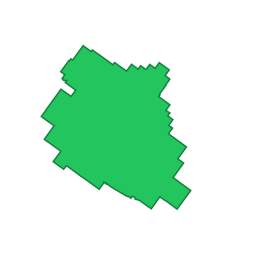 Morawa, Western Australia, Australia, rotated 36°
{"feature_id": "25037944B80693108839344", "entity_name": "Morawa", "entity_type": "district", "adm_level": 2, "iso_a3": "AUS", "parent_name": "Australia", "parent_adm1": "Western Australia", "projection": "albers", "projection_center": [116.014, -29.035], "detail": "fine", "context": "isolated", "style": "filled", "palette": "green", "viewbox_px": 256, "rotation_deg": 36, "n_neighbors": 0, "source": "geoboundaries", "source_scale": "gbopen_adm2", "svg_char_len": 2407}
<svg xmlns="http://www.w3.org/2000/svg" viewBox="0 0 256 256"><g transform="rotate(36 128 128)"><path d="M40.5,112.2L40.5,122.0L42.7,122.0L45.5,122.0L45.6,126.7L46.8,126.7L46.8,126.9L48.1,126.9L48.1,127.2L48.3,127.1L49.3,126.5L50.1,125.9L50.5,125.6L50.5,128.1L56.9,128.1L57.8,128.1L63.4,128.1L63.4,130.9L63.4,135.8L62.7,135.9L52.1,136.0L50.9,136.1L51.0,141.0L51.0,146.5L51.0,147.3L51.0,151.0L51.0,159.3L51.1,163.6L51.1,165.1L51.1,168.8L51.1,169.7L55.7,169.7L60.7,169.7L66.9,169.6L66.9,179.0L66.9,182.1L66.9,186.3L67.4,186.4L70.9,186.4L71.0,186.3L74.0,186.3L76.4,186.3L80.2,186.3L84.5,186.3L87.1,186.3L87.3,186.3L87.3,190.7L87.3,195.0L87.3,198.2L87.3,199.2L100.2,199.2L100.4,194.6L104.1,194.6L106.7,194.6L110.4,194.6L110.5,194.6L114.7,194.6L114.9,194.7L117.0,194.7L117.6,194.7L118.7,194.7L122.8,194.5L127.0,194.5L131.7,194.5L140.7,194.5L140.7,190.3L140.7,190.2L140.7,188.0L140.7,186.6L140.4,186.0L141.5,186.0L143.2,186.0L142.8,185.5L145.1,185.5L146.5,185.6L148.7,185.6L148.9,185.6L149.0,185.6L154.9,185.1L163.2,184.3L164.3,184.2L165.3,184.1L165.6,184.0L166.3,184.0L167.2,183.9L167.6,183.8L167.8,183.7L168.1,183.3L168.3,183.2L168.5,183.1L171.7,183.1L171.7,180.4L175.4,180.4L175.4,181.3L175.5,181.3L178.1,180.4L179.8,179.8L183.4,179.8L186.4,179.8L187.4,179.8L187.6,179.8L187.9,179.8L188.7,179.8L190.8,179.8L190.8,179.7L193.1,179.7L194.3,179.7L194.3,178.4L194.3,175.1L194.2,170.4L194.2,164.9L195.2,165.0L195.9,164.9L196.7,164.9L198.8,164.9L200.8,164.8L201.0,164.8L201.4,164.7L201.9,164.6L202.0,164.6L203.0,164.6L215.4,164.8L215.4,160.6L215.5,144.0L215.5,141.7L213.4,141.7L208.3,141.7L202.2,141.7L196.0,141.6L194.0,141.6L193.6,141.6L193.6,123.7L186.4,123.7L186.4,109.0L186.2,109.0L164.1,108.9L164.1,105.3L164.1,101.9L159.4,101.9L159.4,97.9L159.4,94.8L153.0,94.8L153.0,91.2L149.9,91.4L148.3,91.4L148.3,84.6L141.6,84.6L134.4,84.6L134.3,82.2L133.6,82.2L133.6,73.2L133.6,71.1L133.2,71.1L133.2,70.5L133.2,65.1L133.2,64.2L132.7,63.8L127.2,63.8L127.2,63.7L127.2,56.8L114.9,56.8L114.9,63.8L110.0,63.8L108.2,63.8L108.2,70.2L108.3,70.2L108.2,70.2L101.6,70.2L101.6,71.3L101.6,73.3L101.6,74.4L97.5,74.4L93.4,74.4L93.4,76.5L93.4,80.3L93.4,82.8L88.9,82.9L78.7,82.9L78.6,85.7L74.6,85.7L68.6,85.7L62.6,85.7L62.3,85.7L58.0,85.8L53.3,85.8L53.3,87.8L48.7,87.8L43.3,87.8L43.3,91.3L43.3,93.6L43.3,104.3L43.3,105.6L41.1,105.6L41.1,107.5L41.1,108.4L40.5,108.4L40.5,112.2Z" fill="#22c55e" stroke="#15803d" stroke-width="1.5"/></g></svg>